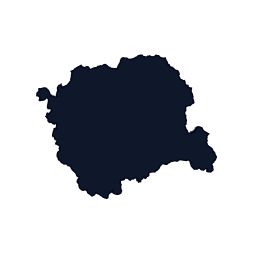 the district of Luc Ngan, Bắc Giang, Vietnam, rotated 53°
{"feature_id": "81297802B38321972927223", "entity_name": "Luc Ngan", "entity_type": "district", "adm_level": 2, "iso_a3": "VNM", "parent_name": "Vietnam", "parent_adm1": "Bắc Giang", "projection": "orthographic", "projection_center": [106.634, 21.437], "detail": "fine", "context": "isolated", "style": "filled", "palette": "ink", "viewbox_px": 256, "rotation_deg": 53, "n_neighbors": 0, "source": "geoboundaries", "source_scale": "gbopen_adm2", "svg_char_len": 5760}
<svg xmlns="http://www.w3.org/2000/svg" viewBox="0 0 256 256"><g transform="rotate(53 128 128)"><path d="M75.1,84.2L73.3,86.5L71.6,86.9L70.5,88.4L69.2,89.4L68.9,89.9L68.7,90.8L68.9,91.9L69.3,92.6L71.3,95.3L71.8,96.8L72.9,99.0L73.4,99.8L74.4,100.6L73.4,101.8L72.8,102.9L69.6,106.3L68.9,106.0L68.8,106.3L67.9,106.9L66.5,107.1L64.0,107.8L63.5,108.1L62.9,109.7L62.8,111.9L61.8,112.5L61.5,113.8L60.7,115.0L61.0,116.9L60.2,118.0L59.6,119.0L58.8,122.5L58.5,122.9L57.7,123.4L56.5,123.0L54.9,123.2L54.0,124.7L54.3,125.7L53.3,126.7L51.6,127.8L50.4,127.9L49.8,127.8L49.2,131.3L49.0,133.9L48.8,135.0L49.3,136.2L49.3,136.7L48.6,138.9L48.6,139.3L49.9,139.3L50.9,140.2L52.3,141.8L53.5,142.3L53.8,143.2L54.8,144.4L56.0,144.7L56.0,146.0L56.7,148.2L57.3,151.0L57.3,151.7L56.8,152.3L56.8,153.3L56.3,154.8L56.7,156.0L56.4,156.1L55.1,155.7L53.6,155.9L52.9,155.4L53.0,156.5L52.5,157.3L52.5,157.9L53.4,160.0L53.9,160.4L55.7,161.5L56.8,161.1L56.6,161.7L56.7,163.1L57.9,164.1L58.6,165.2L59.8,166.2L59.9,167.1L59.1,167.9L58.0,168.1L55.9,170.5L55.8,170.2L56.0,169.5L55.8,169.4L54.9,170.3L53.2,169.7L50.9,169.1L49.3,169.1L46.7,169.6L45.2,171.4L44.6,173.3L44.3,174.0L43.2,175.3L43.2,175.7L44.8,176.6L45.1,177.2L45.4,179.5L46.0,180.2L46.6,180.5L47.3,181.3L48.7,180.1L50.2,179.9L51.2,180.4L51.9,181.5L52.5,182.1L52.9,182.0L54.9,178.4L55.0,176.9L54.6,175.5L54.9,174.8L55.5,174.2L56.6,174.1L57.8,174.6L58.7,175.2L62.4,179.3L63.4,179.9L64.2,180.1L64.6,179.9L65.6,178.5L65.9,177.7L66.6,177.8L68.8,179.4L68.6,180.5L68.7,181.0L69.3,181.9L69.3,182.4L68.9,182.9L67.8,183.2L67.6,183.6L68.4,184.9L69.6,185.0L69.7,185.6L69.4,186.5L73.1,186.5L73.9,187.4L74.3,187.5L75.9,187.4L76.6,186.9L76.8,186.0L77.3,185.5L79.0,185.4L80.6,184.3L80.8,182.9L81.2,182.4L82.6,182.8L84.4,184.8L85.7,185.5L85.7,185.8L84.9,186.0L84.5,186.4L84.3,187.7L84.6,188.0L85.6,188.1L85.6,189.0L85.8,189.5L88.5,192.6L89.7,193.0L90.2,192.1L90.9,191.9L92.2,192.8L93.4,193.0L94.9,191.9L95.5,191.9L96.8,194.9L97.3,195.2L97.8,194.6L98.8,194.4L99.8,193.6L101.1,193.6L101.6,193.2L102.2,193.2L102.8,195.1L104.5,195.6L105.3,196.1L105.0,197.7L105.5,199.1L106.0,199.9L107.9,201.5L109.6,201.7L111.6,202.5L111.9,202.4L112.6,201.8L113.8,201.9L115.4,201.9L117.1,201.0L118.1,200.9L119.6,198.6L121.8,198.5L124.0,196.8L126.0,197.4L128.3,197.5L132.8,196.7L133.7,196.9L135.4,197.5L136.1,197.4L138.1,196.5L138.4,196.8L139.1,199.3L139.6,200.1L140.5,201.0L143.7,201.0L144.2,201.2L144.6,201.9L145.6,202.1L146.4,202.6L149.0,202.3L149.7,202.0L150.7,201.3L151.0,200.8L151.0,199.9L152.5,198.7L153.9,198.5L155.3,199.0L156.2,199.0L157.1,198.5L160.4,197.7L160.6,197.4L161.1,195.2L160.4,193.2L160.7,192.6L161.4,192.0L162.7,191.5L163.7,190.4L165.1,190.5L166.7,189.7L167.6,189.6L169.2,188.9L171.3,187.3L171.5,186.3L171.3,185.8L170.6,185.4L169.3,183.9L169.0,183.0L168.8,181.9L169.1,179.9L169.0,178.0L169.8,178.8L170.4,178.9L171.0,178.9L172.5,178.2L174.2,176.8L175.0,175.6L175.4,174.4L175.5,172.7L174.9,172.1L174.2,170.9L172.6,170.6L170.4,169.3L169.0,167.6L167.7,167.5L165.3,165.8L165.2,165.5L166.8,162.3L166.8,162.0L166.1,160.8L166.3,160.0L168.4,158.1L170.4,158.0L171.0,157.5L170.7,155.9L171.8,154.4L171.9,153.5L171.6,152.7L171.8,152.4L173.5,151.2L174.1,151.3L174.7,152.1L175.2,152.4L175.5,152.4L176.0,152.0L175.7,151.4L176.2,151.1L177.0,151.8L177.5,152.0L177.7,151.1L178.3,150.6L178.3,150.1L178.0,149.9L177.0,149.4L177.2,147.8L176.8,145.8L177.1,145.1L178.3,144.6L178.7,144.3L178.1,142.2L178.5,140.3L178.2,139.9L176.9,139.0L176.4,138.1L176.4,137.4L177.4,135.1L179.2,132.9L179.2,132.6L178.8,131.7L179.2,130.0L178.8,127.6L177.7,125.6L177.2,122.8L177.3,121.5L179.6,119.8L180.3,118.8L180.3,118.2L180.0,117.3L180.4,116.5L180.6,113.5L181.6,111.8L182.1,110.5L182.9,109.6L184.0,108.8L184.3,105.6L189.0,101.0L189.7,99.0L190.7,98.5L191.6,98.4L196.3,100.1L196.9,100.2L200.6,99.9L201.7,98.3L202.3,97.8L202.4,95.9L202.9,94.9L205.2,94.6L207.0,93.1L206.9,90.6L207.2,90.0L207.8,89.6L208.2,89.5L209.7,90.8L210.0,91.0L210.5,90.9L212.6,88.7L212.8,88.3L212.8,86.8L212.8,85.9L212.2,85.0L210.6,84.5L209.9,83.7L209.4,83.9L208.8,83.4L207.7,83.3L207.0,82.6L206.6,80.9L206.7,80.0L205.9,78.7L206.0,77.6L204.2,74.8L202.0,74.6L199.5,73.7L198.4,73.9L198.5,74.4L198.0,74.5L196.3,73.6L195.4,73.5L194.4,73.5L191.1,74.7L189.0,74.9L188.0,74.3L187.4,74.3L186.3,73.8L186.1,72.9L185.5,72.4L183.8,71.9L183.2,70.7L182.1,70.1L181.6,69.4L181.2,67.2L175.9,69.4L173.9,69.4L172.9,68.9L172.1,69.1L170.4,70.1L169.1,71.5L168.8,72.6L168.8,73.9L169.3,73.6L169.6,73.7L169.6,74.5L170.1,75.1L169.7,75.9L170.4,76.1L170.3,76.9L170.9,76.9L171.1,77.1L170.5,77.7L170.0,77.3L169.8,77.6L169.8,78.0L170.5,78.6L169.8,79.2L170.4,79.7L170.4,80.0L169.3,80.2L169.9,80.9L169.9,81.2L169.0,82.2L168.7,82.9L167.2,83.1L166.0,82.4L163.5,82.4L162.2,81.8L160.2,81.4L159.8,81.0L159.7,79.3L158.1,78.2L156.9,76.7L155.2,76.4L154.8,75.9L153.8,75.5L152.9,74.5L151.9,74.7L151.1,74.2L150.4,74.3L149.2,72.8L148.6,71.3L146.3,69.7L145.8,68.9L145.8,68.3L146.3,66.4L147.4,64.8L147.0,62.6L147.4,61.0L147.4,60.3L147.1,60.0L146.0,59.7L145.6,59.2L144.3,59.0L142.8,58.4L142.0,57.3L140.6,56.9L139.5,56.2L138.9,56.3L137.2,55.9L136.2,55.3L134.3,53.4L133.5,54.3L132.0,55.3L131.4,55.4L130.2,54.6L128.8,55.8L128.5,55.9L127.0,55.8L125.2,54.7L124.1,54.5L123.6,55.5L123.2,55.7L121.9,56.1L120.8,56.9L120.4,57.0L119.1,56.6L116.5,56.2L116.2,55.9L115.9,54.8L114.3,54.2L112.2,53.9L111.3,54.9L110.7,55.0L109.7,55.8L107.5,55.8L106.8,56.3L105.9,56.3L105.2,57.3L103.3,57.6L102.4,57.2L102.2,57.9L100.0,57.6L98.9,57.1L96.7,56.9L94.4,56.2L94.0,57.5L93.6,57.9L91.8,59.4L90.6,60.0L88.7,60.1L88.0,61.1L86.7,61.9L87.0,63.8L86.8,64.5L85.4,66.4L83.5,67.3L83.3,68.3L82.6,69.0L82.5,69.4L82.8,69.9L82.8,70.2L81.9,71.3L81.0,72.0L80.1,73.1L78.6,72.9L77.8,73.7L76.8,75.5L76.5,77.4L76.8,78.6L76.2,79.6L76.3,81.2L75.9,81.9L75.1,84.2Z" fill="#0f172a" stroke="#020617" stroke-width="1.5"/></g></svg>